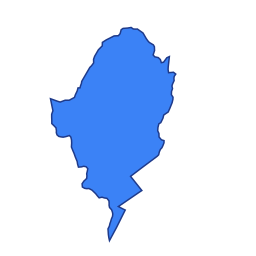 outline of Manaíra, Paraíba, Brazil, rotated 151°
{"feature_id": "56859067B81627893661262", "entity_name": "Manaíra", "entity_type": "district", "adm_level": 2, "iso_a3": "BRA", "parent_name": "Brazil", "parent_adm1": "Paraíba", "projection": "albers", "projection_center": [-38.195, -7.703], "detail": "fine", "context": "isolated", "style": "filled", "palette": "blue", "viewbox_px": 256, "rotation_deg": 151, "n_neighbors": 0, "source": "geoboundaries", "source_scale": "gbopen_adm2", "svg_char_len": 1984}
<svg xmlns="http://www.w3.org/2000/svg" viewBox="0 0 256 256"><g transform="rotate(151 128 128)"><path d="M146.2,66.6L149.2,84.5L135.4,86.5L116.3,89.1L114.2,89.7L112.1,92.0L110.0,93.6L107.9,94.3L106.1,95.6L103.7,97.6L102.6,99.5L104.5,101.5L105.2,105.1L103.6,108.2L103.4,111.1L101.6,113.9L99.0,116.7L96.7,116.8L92.7,119.6L90.5,122.0L87.8,122.3L85.1,122.5L81.9,124.9L77.2,128.7L74.9,131.2L73.7,133.1L73.9,136.1L72.2,138.9L70.0,140.8L69.2,143.4L67.8,144.8L64.7,147.1L63.7,149.3L62.5,150.8L60.1,152.0L61.2,154.7L65.7,156.7L64.6,159.7L63.3,161.8L57.2,170.4L60.0,170.6L65.0,168.3L67.2,169.0L66.5,172.2L67.4,174.9L70.1,177.3L70.6,179.7L67.2,182.9L65.5,186.3L65.5,188.4L67.9,192.5L68.4,194.6L68.7,197.3L68.8,203.8L71.8,210.0L73.6,210.9L75.4,212.1L76.5,214.4L79.9,215.6L84.0,217.5L86.3,217.3L89.2,214.3L91.7,213.4L95.6,215.3L104.4,215.6L108.9,215.3L110.7,212.3L115.9,210.8L119.9,208.4L122.4,206.9L124.8,204.8L126.5,201.6L129.8,200.1L132.0,199.5L145.9,191.2L147.1,189.6L149.1,187.9L150.5,186.4L152.3,187.3L154.4,185.1L157.9,182.6L160.0,180.7L166.0,180.8L169.6,182.8L172.4,183.2L174.8,183.6L176.7,185.6L181.6,191.2L185.3,179.5L188.1,177.0L189.5,174.5L190.9,171.7L192.5,168.8L191.8,166.4L190.9,163.1L191.9,160.4L193.0,158.6L193.4,156.4L192.6,154.2L190.8,152.6L189.1,151.4L186.6,150.6L182.9,149.8L182.4,147.8L183.2,144.9L184.6,142.1L186.7,138.8L187.2,134.9L187.5,131.8L188.1,128.4L188.7,123.3L189.6,120.9L190.3,117.8L187.7,116.6L185.3,116.0L183.4,114.4L182.9,111.9L184.5,110.0L186.4,107.9L187.1,106.1L188.6,103.9L192.2,103.0L195.2,101.5L196.5,98.5L195.2,96.3L193.6,95.0L191.5,94.0L189.6,91.1L188.1,86.2L187.6,83.1L187.1,80.9L184.3,80.1L182.5,78.2L180.5,76.7L180.0,73.5L181.0,71.3L182.0,69.6L182.7,67.4L182.0,64.4L182.4,62.1L183.0,60.2L184.4,58.2L186.6,56.5L188.3,54.8L190.3,53.0L191.9,51.2L194.4,49.5L195.7,46.7L196.8,44.4L197.9,41.5L198.8,38.5L186.5,46.4L175.9,53.7L170.2,57.6L171.9,60.0L174.5,64.0L157.6,65.6L149.0,66.4L146.2,66.6Z" fill="#3b82f6" stroke="#1e3a8a" stroke-width="1.5"/></g></svg>